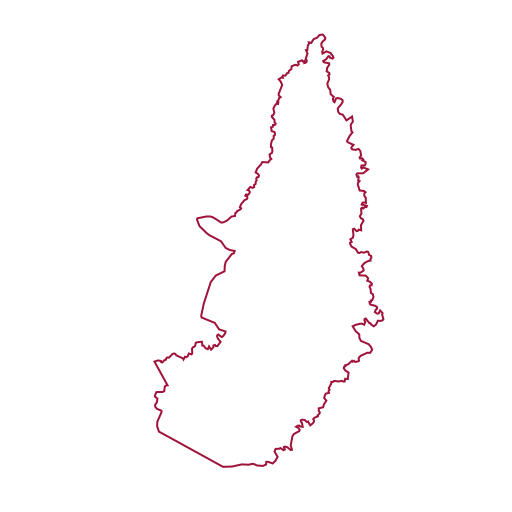 outline of Rio Brilhante, Mato Grosso do Sul, Brazil, rotated 261°
{"feature_id": "56859067B58900206343132", "entity_name": "Rio Brilhante", "entity_type": "district", "adm_level": 2, "iso_a3": "BRA", "parent_name": "Brazil", "parent_adm1": "Mato Grosso do Sul", "projection": "mercator", "projection_center": [-54.465, -21.65], "detail": "fine", "context": "isolated", "style": "outline", "palette": "rose", "viewbox_px": 512, "rotation_deg": 261, "n_neighbors": 0, "source": "geoboundaries", "source_scale": "gbopen_adm2", "svg_char_len": 6108}
<svg xmlns="http://www.w3.org/2000/svg" viewBox="0 0 512 512"><g transform="rotate(261 256 256)"><path d="M461.2,346.9L457.8,343.9L458.8,341.6L457.7,341.7L455.7,340.1L451.4,338.9L451.5,337.6L447.9,338.5L442.7,335.8L441.2,336.7L440.0,336.4L439.1,335.2L439.0,333.9L441.0,334.3L440.7,332.8L442.1,332.0L441.2,327.9L438.6,328.2L437.7,326.9L438.7,324.7L437.9,320.9L435.0,320.1L433.7,317.5L431.8,316.7L431.7,315.3L429.5,313.0L430.1,310.8L429.1,310.1L427.9,310.4L428.2,308.8L427.0,306.1L424.4,307.7L420.8,308.6L412.5,303.7L411.0,303.6L409.1,305.2L408.3,303.5L406.2,302.4L405.7,301.4L404.5,301.0L404.2,302.1L402.7,301.5L403.3,300.2L402.2,298.7L398.9,296.2L394.6,296.5L392.4,295.0L392.1,293.6L390.8,293.4L387.7,295.5L384.8,295.3L383.9,296.1L382.9,295.8L382.4,294.7L382.7,293.3L381.0,292.8L380.7,291.0L376.9,291.0L375.6,293.6L374.2,294.0L372.3,293.4L372.0,292.3L369.1,291.8L367.7,289.8L364.0,288.2L361.2,287.8L360.6,288.9L357.1,288.6L355.4,287.9L354.2,285.3L351.1,285.3L349.5,286.3L348.7,284.8L346.5,282.7L347.8,276.9L345.5,275.1L342.2,270.9L338.6,268.7L336.8,270.7L335.2,271.5L333.5,270.8L333.6,269.3L332.4,268.3L330.7,268.5L329.5,267.4L327.1,266.8L326.4,265.1L324.4,265.0L323.8,263.3L325.1,261.2L322.5,258.1L322.1,259.2L320.1,259.9L319.1,259.4L317.7,257.7L318.4,255.9L317.2,254.9L316.2,256.4L314.9,256.7L313.7,255.9L313.0,253.4L309.6,249.5L306.7,247.7L305.5,248.8L304.5,248.0L303.1,244.0L302.1,243.6L301.6,242.3L298.8,241.5L298.8,238.0L295.5,232.8L294.4,229.2L294.4,227.0L300.7,219.9L302.2,217.0L302.8,213.3L302.4,204.0L301.1,203.4L294.3,204.9L286.5,210.7L283.9,213.1L276.1,223.7L268.7,227.3L266.0,231.1L264.3,235.7L262.2,234.6L261.7,232.4L255.0,225.2L251.1,223.6L245.8,222.5L243.0,213.2L237.4,207.3L217.4,197.1L205.8,192.6L203.8,192.6L196.4,204.8L189.3,208.1L186.2,214.1L184.7,213.6L182.0,211.1L181.3,209.4L184.3,206.6L184.0,205.5L183.0,205.0L180.5,205.4L176.7,207.6L173.1,203.8L173.4,202.1L174.6,201.5L174.3,200.0L172.4,199.5L170.5,197.0L174.1,195.5L171.5,193.8L172.8,191.7L175.7,190.2L175.9,189.0L179.8,189.1L180.0,184.3L179.6,182.9L176.5,181.7L175.6,179.3L174.5,178.3L170.0,177.8L168.9,177.0L170.2,174.4L167.7,172.9L166.9,171.4L167.6,170.1L165.1,168.2L166.3,167.8L170.4,161.7L171.9,161.0L172.5,160.0L172.4,158.4L169.2,154.1L169.7,152.7L169.0,151.3L167.7,150.9L167.3,149.0L165.5,146.9L165.9,145.8L167.2,145.7L168.2,142.8L167.6,139.2L142.1,148.4L142.2,147.1L141.4,145.5L137.0,144.3L136.3,142.5L137.2,136.4L134.2,134.4L132.9,134.3L130.6,136.3L127.2,135.3L124.5,132.9L122.7,133.0L120.5,134.3L118.0,138.4L116.4,138.2L107.8,132.6L103.2,131.7L97.7,132.7L52.9,190.5L51.8,199.6L52.4,209.4L51.0,216.1L51.3,219.8L50.6,221.9L49.0,224.0L47.6,230.0L48.5,233.4L51.0,233.9L50.9,235.6L48.5,240.0L50.6,243.1L54.3,245.9L60.0,243.7L62.4,245.2L62.0,248.7L62.5,250.0L59.9,252.8L60.4,254.2L62.9,253.6L63.2,254.9L62.1,257.2L58.9,259.9L59.0,261.2L63.7,260.7L72.5,263.9L74.3,265.7L76.3,271.4L77.7,272.0L79.7,270.8L81.1,268.9L81.9,270.6L81.8,272.1L80.7,273.0L80.0,275.4L84.0,275.3L85.5,274.4L86.8,274.6L87.1,276.0L86.5,278.3L84.0,280.4L84.4,281.5L80.2,283.1L81.8,285.8L83.1,287.2L84.5,287.6L86.0,287.0L87.1,288.4L87.9,292.0L88.9,291.9L90.4,294.0L91.5,294.6L92.9,293.8L95.7,294.1L96.1,298.7L98.5,299.6L102.2,302.9L105.0,301.1L108.0,302.4L109.2,303.5L109.4,306.7L111.3,306.5L112.5,307.8L114.0,307.2L118.2,310.4L119.9,310.7L119.6,312.5L120.4,313.6L119.1,318.2L119.3,321.3L118.3,322.7L118.2,323.9L120.8,324.9L120.1,327.4L126.4,329.2L128.9,326.3L131.5,325.1L132.9,325.8L133.1,327.1L134.2,327.1L134.5,329.9L137.5,334.4L136.5,334.9L137.1,336.4L135.9,337.3L135.9,340.1L136.4,341.4L138.7,341.3L139.7,341.9L141.1,343.9L143.0,350.7L142.5,353.6L145.2,356.1L148.6,355.2L151.4,353.3L155.6,346.5L158.6,345.3L162.5,345.7L166.1,342.7L171.5,340.5L172.4,343.7L172.8,348.1L172.7,349.8L171.2,352.1L173.9,353.6L175.3,353.0L176.8,353.4L177.1,354.6L171.9,357.5L171.6,358.6L170.4,358.9L168.1,361.3L169.6,363.9L173.0,366.2L172.4,369.2L172.7,371.0L173.8,372.0L178.2,371.4L179.7,372.1L182.8,370.1L180.2,368.3L180.0,367.0L180.9,365.7L182.1,364.6L184.2,365.9L185.0,367.3L186.5,367.6L188.1,366.1L190.0,361.7L191.0,360.9L193.0,360.9L192.8,362.5L194.2,362.7L194.3,364.0L197.2,365.6L199.9,365.4L201.5,363.7L205.4,364.0L208.0,363.3L209.2,364.1L209.0,365.6L210.6,366.1L212.8,364.4L214.2,362.0L216.4,363.3L219.4,361.4L220.7,355.3L223.5,355.0L223.2,356.5L224.8,360.0L227.0,360.0L229.4,358.9L232.0,361.8L233.6,366.3L233.5,368.4L235.1,368.5L236.2,369.7L238.1,369.7L239.2,368.0L242.5,367.4L243.1,366.3L242.4,363.3L243.4,360.3L242.8,358.6L243.2,357.3L247.2,355.7L250.3,351.9L253.1,350.9L254.4,351.0L254.9,352.7L257.7,351.8L258.8,354.4L261.2,355.5L267.2,355.8L267.6,357.3L264.8,359.2L264.9,360.6L266.0,361.6L264.9,363.9L270.0,364.5L274.0,367.7L275.9,367.1L276.8,365.5L279.0,364.8L281.5,366.8L286.4,367.2L287.2,368.4L286.1,369.2L287.3,371.2L287.0,372.7L288.2,373.4L290.3,368.4L291.3,368.9L292.2,370.3L291.3,372.9L296.2,373.5L298.6,372.4L301.0,372.8L301.9,374.1L303.3,372.9L304.5,368.6L311.1,367.7L312.2,368.1L313.8,370.0L314.6,368.7L317.6,369.8L318.7,369.5L318.4,368.4L320.8,367.9L321.8,369.0L320.9,374.7L324.0,380.3L326.6,375.9L325.8,374.1L326.8,373.6L328.9,374.4L328.5,377.7L330.1,378.7L331.7,378.9L333.9,376.0L334.7,377.0L336.0,376.0L335.9,374.1L337.0,373.7L339.0,375.6L343.5,375.4L345.8,373.9L345.2,371.1L346.2,367.9L347.4,367.0L348.5,367.3L350.5,369.7L354.1,364.3L355.2,363.8L360.2,367.5L363.0,370.7L364.3,369.8L369.7,369.9L371.1,370.3L373.6,372.7L378.7,372.7L375.8,366.6L382.0,363.8L383.3,361.0L384.3,360.4L385.7,359.7L389.1,359.9L392.9,364.3L394.6,365.7L396.3,365.9L398.0,364.3L399.3,361.2L399.1,359.7L395.6,357.6L396.3,356.8L399.2,356.5L401.0,357.7L404.2,355.0L408.6,355.3L411.2,353.7L415.2,353.4L419.1,355.9L420.8,356.1L423.1,355.5L423.8,357.0L425.4,357.0L427.4,354.7L430.7,355.7L433.5,358.3L434.9,358.4L436.3,354.3L437.0,353.1L438.1,352.9L439.2,355.9L442.0,358.7L441.8,359.8L440.4,360.0L439.0,362.3L439.7,363.5L441.2,363.3L444.8,361.4L447.1,357.5L445.5,353.4L447.4,353.3L449.5,354.7L451.1,354.6L452.4,353.5L455.5,353.7L457.5,355.5L459.1,358.1L460.4,358.6L463.8,357.0L464.4,356.0L464.3,353.2L462.1,350.6L461.2,346.9Z" fill="none" stroke="#9f1239" stroke-width="2"/></g></svg>